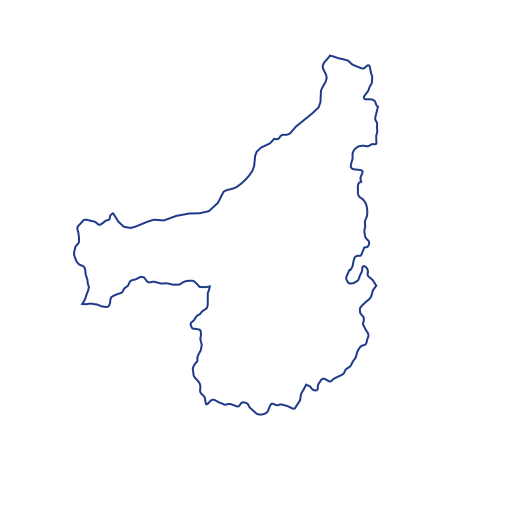 the border of Zajecarski, rotated 247°
{"feature_id": "SRB-844", "entity_name": "Zajecarski", "entity_type": "District", "adm_level": 1, "iso_a3": "SRB", "parent_name": "Republic of Serbia", "parent_adm1": "", "projection": "albers", "projection_center": [22.117, 43.747], "detail": "fine", "context": "isolated", "style": "outline", "palette": "blue", "viewbox_px": 512, "rotation_deg": 247, "n_neighbors": 0, "source": "natural_earth", "source_scale": "10m", "svg_char_len": 6119}
<svg xmlns="http://www.w3.org/2000/svg" viewBox="0 0 512 512"><g transform="rotate(247 256 256)"><path d="M351.0,141.2L341.4,142.7L334.5,145.8L330.8,151.5L330.1,156.8L330.0,169.1L329.4,175.7L328.6,177.6L325.6,183.3L324.7,185.4L324.1,198.1L321.2,211.2L317.3,221.0L315.7,230.2L319.8,241.7L327.8,251.2L328.1,254.5L327.0,261.6L327.1,265.2L328.4,270.7L330.4,276.2L332.9,281.4L335.7,285.8L339.5,289.4L348.6,294.4L351.8,297.5L353.8,303.0L354.2,312.8L356.7,318.5L355.5,320.4L355.2,322.0L355.5,323.6L356.6,325.0L357.0,326.0L357.1,327.1L357.0,328.2L355.7,331.4L355.4,333.5L355.7,335.6L359.5,343.3L365.3,363.5L368.3,371.6L372.5,375.5L382.8,380.4L384.9,382.6L389.3,388.3L392.2,390.6L395.5,391.3L402.2,390.9L405.0,391.7L407.4,394.2L410.9,401.5L411.6,402.3L409.4,405.2L405.4,409.7L402.7,413.6L400.4,416.5L399.0,417.5L395.3,419.1L394.1,419.9L387.8,426.2L387.1,427.1L386.7,428.1L386.7,429.5L387.6,432.1L387.8,432.9L387.7,434.0L387.1,434.5L386.0,434.7L385.1,434.6L379.7,433.4L375.5,433.0L370.3,430.4L369.2,429.3L367.5,426.9L364.3,424.0L361.3,418.8L360.5,417.7L359.6,417.2L358.8,417.1L357.9,417.5L357.4,418.1L355.9,421.8L354.8,423.8L353.9,424.8L353.1,425.4L352.5,425.7L350.8,425.9L347.8,425.8L346.9,426.0L345.8,426.6L336.3,419.5L335.0,419.1L331.5,419.4L330.1,419.1L327.0,417.5L324.3,416.7L322.9,416.1L319.5,413.5L312.5,410.8L312.3,410.5L312.2,409.7L313.6,406.6L313.6,405.6L313.2,403.0L313.5,401.3L315.7,397.8L316.6,394.5L316.8,393.0L316.6,391.5L315.9,389.1L314.8,387.1L313.2,385.4L312.4,384.8L307.8,382.9L304.5,380.2L302.0,378.5L301.1,378.1L300.3,378.1L299.1,378.5L298.5,378.8L296.9,381.0L295.7,383.4L293.8,386.3L293.2,386.9L292.0,387.1L291.2,386.6L287.8,383.2L286.9,382.6L284.7,381.9L283.2,381.9L283.2,379.8L282.8,378.9L281.8,377.8L279.8,376.7L276.3,375.4L273.8,374.3L272.0,374.0L270.4,374.2L269.7,374.4L266.3,376.6L262.5,377.5L259.7,377.5L255.6,376.6L251.9,375.2L249.1,373.5L246.4,370.7L245.2,369.8L244.0,369.2L240.6,368.1L237.7,366.1L235.8,365.1L230.8,364.0L228.9,364.3L226.0,365.5L224.5,365.5L223.2,365.0L221.7,363.7L221.1,362.7L220.8,361.4L221.5,359.5L221.3,358.8L216.2,353.7L215.4,352.5L215.6,351.7L216.5,349.7L216.6,347.7L216.3,346.6L215.7,345.9L212.7,343.4L209.7,341.5L208.2,340.2L206.7,338.2L206.3,337.3L206.3,336.6L206.5,336.4L201.7,331.2L200.5,330.4L199.5,330.1L198.5,330.0L196.1,330.4L194.8,330.8L194.2,331.3L193.9,331.8L192.9,335.0L192.9,335.8L193.3,337.5L193.4,339.5L193.9,340.6L194.4,341.2L197.6,344.2L200.0,347.0L201.4,348.1L204.1,349.6L204.6,350.5L204.6,351.0L204.3,351.8L203.2,352.6L202.1,353.1L200.2,353.4L197.8,353.0L195.5,351.5L194.1,351.3L192.7,351.8L188.3,354.0L181.7,355.1L178.8,350.3L173.9,346.3L172.8,344.9L171.6,342.2L170.9,339.4L169.0,334.3L168.0,332.3L167.4,331.5L166.6,330.9L165.2,330.3L163.1,329.7L161.6,329.9L158.0,331.0L156.6,331.0L154.2,329.8L152.1,328.1L150.8,327.8L144.9,328.2L141.5,328.9L139.6,328.7L138.2,328.1L136.0,326.0L133.3,324.0L132.3,323.1L131.8,321.9L132.0,318.0L131.8,317.1L131.0,315.5L129.5,313.3L128.3,311.9L126.8,310.6L124.0,308.5L123.3,307.7L121.1,304.0L118.1,300.5L117.6,299.5L117.3,298.6L116.9,295.8L116.4,294.2L116.0,293.6L113.9,291.3L113.4,290.4L113.0,288.3L112.8,281.5L112.4,279.0L111.4,275.8L111.5,275.2L111.8,274.7L112.3,274.1L115.3,271.8L116.4,270.8L116.9,269.6L116.9,268.7L116.4,267.4L113.3,262.9L112.4,262.3L109.6,260.9L109.1,260.5L108.7,259.5L108.8,258.9L109.3,257.6L110.1,256.6L111.5,255.7L114.1,255.0L115.0,254.6L118.0,251.9L114.6,247.8L111.9,244.1L110.7,243.1L105.9,240.1L100.4,232.0L100.8,230.9L101.7,229.7L105.3,226.6L109.4,221.5L109.9,220.2L110.0,218.2L110.2,217.5L111.1,216.1L113.4,213.9L113.8,213.1L113.8,212.4L113.5,211.5L112.1,209.8L108.7,206.5L107.8,205.0L107.4,202.7L107.6,200.5L107.8,199.4L108.8,197.1L109.5,196.0L111.1,194.7L117.9,191.5L120.0,190.8L123.2,190.6L124.5,189.6L126.0,187.7L126.4,186.7L126.5,186.1L126.5,185.3L126.3,184.7L124.8,182.4L124.5,181.6L124.5,180.6L124.9,179.8L128.4,176.1L129.9,174.3L130.7,172.2L130.9,170.2L131.4,169.0L133.8,166.8L135.4,165.0L139.6,161.7L140.2,161.0L140.5,160.2L140.7,159.6L140.6,158.1L140.1,156.6L138.8,154.0L138.7,153.1L139.0,152.2L139.4,152.1L145.0,153.4L146.5,153.5L147.5,153.2L151.0,151.7L152.9,151.6L154.3,152.1L157.4,153.8L159.4,154.2L160.6,154.3L163.0,154.0L167.3,152.4L169.5,151.9L170.3,151.9L177.0,153.8L178.2,154.7L180.1,157.0L181.1,158.7L181.9,160.6L182.5,161.1L185.2,162.2L186.3,163.0L188.0,164.8L190.7,168.2L191.2,168.6L195.3,171.3L200.9,172.2L202.2,172.8L204.6,174.4L208.2,175.7L209.1,175.7L209.9,175.4L210.4,175.0L212.0,172.8L213.7,169.7L214.4,169.1L216.5,168.8L218.9,169.2L219.4,169.5L219.9,170.2L221.1,173.7L223.5,177.3L224.0,178.2L224.2,179.1L224.4,181.7L226.0,184.6L226.4,186.2L226.8,189.0L227.5,190.6L229.2,192.0L230.8,192.9L240.5,197.0L242.8,199.2L246.0,201.6L246.9,197.8L249.3,192.3L250.0,191.8L253.0,190.9L256.8,189.1L257.4,188.7L258.3,187.3L259.5,184.3L260.1,182.2L260.3,181.0L260.3,178.6L259.7,175.2L259.9,173.5L262.0,168.4L264.6,164.9L265.7,163.2L266.3,162.0L267.1,159.3L268.1,157.3L271.0,153.7L272.3,151.9L273.4,147.3L274.4,146.3L275.5,145.7L278.9,144.9L280.1,144.4L281.2,143.1L281.7,142.0L281.9,140.2L281.5,137.0L281.5,136.1L282.1,133.0L282.1,131.1L281.7,130.1L281.3,129.4L279.1,127.0L278.7,126.4L278.5,125.8L277.6,122.1L277.1,121.3L275.1,119.0L274.8,118.5L274.7,117.3L275.0,114.3L275.1,110.5L274.9,108.1L274.6,106.9L274.1,106.2L272.9,105.0L269.7,103.2L268.4,102.1L267.5,100.9L267.2,99.9L267.4,98.8L267.7,98.0L270.1,94.0L273.4,90.9L274.6,88.7L276.3,86.2L277.1,84.3L277.6,82.2L278.3,80.1L279.8,77.3L281.5,79.9L283.3,82.0L286.1,84.4L290.5,88.6L292.8,90.1L296.5,90.4L299.9,91.5L305.6,92.0L310.1,93.4L311.9,93.6L313.7,93.2L314.4,92.8L316.9,90.2L319.3,89.1L321.4,88.7L323.7,88.7L328.3,89.0L330.5,90.0L334.7,93.1L335.7,94.5L337.1,97.4L337.5,98.0L338.6,98.8L340.6,99.7L343.7,100.7L346.9,101.6L350.7,102.1L351.8,102.6L352.5,103.2L353.3,104.5L354.5,107.4L356.0,110.4L356.3,111.2L356.3,112.0L356.2,112.6L355.7,114.0L355.0,115.1L352.7,117.9L351.0,120.5L349.8,121.6L347.8,122.5L346.2,123.6L345.9,124.1L345.7,125.2L346.1,127.6L347.0,130.4L347.2,131.3L346.9,134.2L347.0,135.1L347.3,135.7L349.4,137.1L350.1,137.7L350.7,139.0L351.2,140.8L351.0,141.2Z" fill="none" stroke="#1e3a8a" stroke-width="2"/></g></svg>